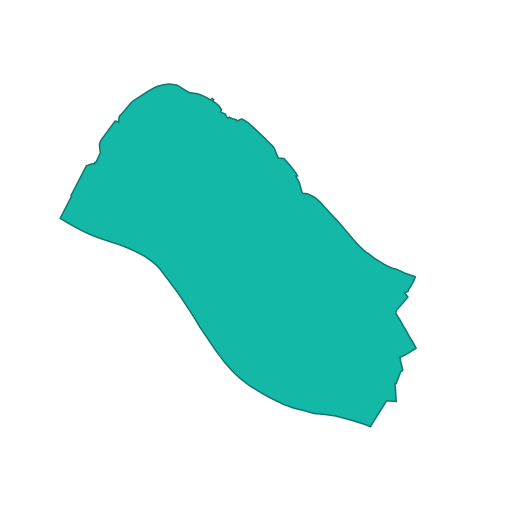 outline of Albrandswaard, Zuid-Holland, Netherlands, rotated 28°
{"feature_id": "6326949B38585086995539", "entity_name": "Albrandswaard", "entity_type": "district", "adm_level": 2, "iso_a3": "NLD", "parent_name": "Netherlands", "parent_adm1": "Zuid-Holland", "projection": "orthographic", "projection_center": [4.441, 51.852], "detail": "fine", "context": "isolated", "style": "filled", "palette": "teal", "viewbox_px": 512, "rotation_deg": 28, "n_neighbors": 0, "source": "geoboundaries", "source_scale": "gbopen_adm2", "svg_char_len": 4913}
<svg xmlns="http://www.w3.org/2000/svg" viewBox="0 0 512 512"><g transform="rotate(28 256 256)"><path d="M406.4,199.5L404.9,199.7L395.3,201.3L386.1,201.7L385.0,202.0L383.5,202.4L381.8,202.8L376.3,203.2L373.3,203.2L365.8,202.7L363.4,202.6L362.4,202.5L360.4,202.2L357.5,201.7L353.5,201.0L353.3,201.1L352.9,201.2L351.9,201.1L349.8,200.6L347.4,200.0L345.3,199.5L342.2,198.6L336.5,196.6L327.6,193.1L311.7,186.8L306.8,185.2L300.5,183.0L286.8,178.2L281.5,176.9L279.3,176.6L273.7,176.8L271.8,177.0L270.9,177.4L270.2,177.7L270.0,177.8L267.6,179.0L266.0,177.4L264.3,175.6L260.6,171.7L257.7,169.3L257.4,169.3L253.6,166.8L255.1,165.8L251.8,163.8L245.3,160.8L244.0,160.2L239.7,158.6L236.8,157.5L234.9,156.8L230.6,158.7L229.6,159.1L225.6,155.7L223.5,154.0L222.5,153.1L221.5,152.3L220.5,151.7L219.1,151.1L218.1,150.8L216.5,150.4L214.3,149.7L212.4,149.2L209.6,148.2L205.4,147.0L201.4,145.9L197.7,144.9L194.6,144.0L192.0,143.4L190.4,143.0L188.4,142.5L187.0,142.1L185.1,141.9L183.6,141.8L182.8,141.7L181.0,141.7L179.8,141.7L178.8,141.8L178.4,142.4L175.9,145.8L174.6,144.9L173.6,145.2L171.3,145.7L170.8,145.8L169.1,145.9L167.2,146.0L166.4,147.2L166.2,147.5L164.6,146.8L162.8,146.0L162.7,145.1L161.2,145.3L156.9,145.4L156.9,144.4L157.0,143.1L154.8,141.9L152.5,140.8L150.3,140.2L148.4,139.8L145.0,139.7L145.4,137.9L143.4,137.4L142.9,139.5L138.8,139.4L138.1,139.4L134.8,139.4L134.5,139.5L132.5,139.6L130.0,139.9L127.8,140.3L126.5,140.8L124.7,141.5L123.2,142.0L122.9,142.1L122.5,142.3L120.3,143.1L115.7,142.8L113.7,142.7L111.4,142.6L110.1,142.4L108.5,142.3L104.9,142.3L105.4,142.5L104.2,142.9L102.2,143.5L101.0,144.0L99.7,144.4L98.7,144.9L97.8,145.3L97.2,145.8L95.1,147.4L94.1,148.1L93.1,148.9L91.6,150.4L89.4,152.3L89.2,152.5L88.3,153.7L87.4,154.9L86.9,155.6L86.8,155.8L86.1,156.9L84.6,159.2L82.6,162.4L81.8,163.9L80.9,165.6L80.5,166.3L76.6,173.4L75.1,176.1L74.5,177.2L73.8,179.3L71.8,188.5L71.1,191.7L71.0,192.0L69.8,196.8L69.8,197.2L71.9,202.6L68.8,202.8L68.4,202.8L68.2,203.5L68.2,203.8L68.1,204.2L67.8,205.9L67.5,208.1L65.8,219.7L64.9,225.5L64.9,227.7L64.9,228.6L65.6,231.4L67.0,233.5L68.8,236.1L70.2,238.2L70.2,238.7L70.7,248.3L70.0,249.1L69.8,249.2L70.4,250.2L70.1,250.4L68.6,251.3L68.3,251.5L67.5,252.0L65.6,254.1L63.9,256.0L63.9,256.4L63.9,256.8L64.1,273.5L64.2,279.1L64.3,289.5L65.1,289.8L65.4,314.7L70.6,315.0L75.7,315.2L80.9,315.3L85.9,315.3L91.0,315.3L96.1,315.1L101.2,314.7L106.4,314.1L111.4,313.4L116.5,312.6L118.8,312.1L122.6,311.5L126.6,310.7L131.6,309.9L136.7,309.4L138.2,309.2L141.7,309.0L147.1,308.6L150.7,308.5L152.1,308.5L157.3,308.5L162.4,309.0L168.1,310.0L172.9,311.0L176.8,312.4L177.0,312.5L181.6,314.6L182.5,315.0L187.5,317.3L192.2,319.5L196.9,321.7L201.5,323.9L206.1,326.1L206.7,326.5L210.6,328.5L215.1,331.0L219.6,333.4L224.1,335.9L228.4,338.3L232.9,340.9L237.5,343.7L238.9,344.6L264.1,358.0L276.0,363.6L277.7,364.4L278.8,364.9L280.2,365.4L288.6,368.5L289.0,368.7L289.4,368.8L298.3,371.3L299.5,371.5L302.5,372.1L309.7,373.3L312.6,373.6L329.4,374.6L338.6,374.5L342.0,374.4L349.9,374.1L357.1,373.1L359.6,372.8L360.7,372.6L361.2,372.5L370.8,370.0L372.6,369.6L381.0,367.9L382.1,367.4L390.2,364.0L392.2,363.2L401.4,359.9L411.0,357.6L420.9,355.5L421.9,355.3L431.5,353.6L432.1,353.5L437.1,353.1L437.9,341.7L438.0,340.7L438.6,332.0L438.7,331.6L439.3,322.5L440.8,321.9L443.9,320.5L446.0,319.5L448.1,318.6L446.9,316.6L443.0,310.3L442.7,309.7L442.2,308.9L441.9,308.6L441.2,307.3L441.0,307.1L440.5,306.2L440.2,305.8L439.7,305.3L439.4,304.9L439.3,304.7L439.2,304.7L438.9,304.0L438.7,303.7L438.8,303.7L439.7,302.9L439.8,302.8L439.5,302.2L438.6,294.3L438.4,292.5L438.1,290.2L438.3,289.9L438.4,289.6L438.9,289.0L439.0,288.8L439.1,288.7L439.2,288.4L439.2,288.2L439.1,287.9L438.9,287.6L438.6,287.2L438.2,286.8L437.8,286.2L435.9,284.1L432.5,280.4L431.7,279.0L431.1,278.6L430.3,278.1L430.9,277.4L431.1,277.5L432.3,275.9L432.4,275.7L432.9,275.1L433.5,274.3L434.2,273.3L434.8,272.4L435.3,271.5L435.9,270.5L436.7,269.2L437.9,267.0L439.0,265.2L440.1,263.3L440.7,262.3L438.1,260.5L436.7,259.6L436.3,259.4L435.5,258.8L435.2,258.6L433.9,257.8L432.4,256.9L430.5,255.8L430.0,255.5L429.6,255.3L428.7,254.7L426.9,253.6L425.2,252.5L424.5,252.0L424.4,251.9L423.7,251.5L422.4,250.7L422.1,250.5L421.1,249.9L418.9,248.6L417.8,247.9L416.8,247.2L415.3,246.3L414.0,245.4L412.4,244.4L411.0,243.7L409.4,242.8L406.2,240.7L406.0,240.4L405.7,239.4L405.6,238.8L405.5,238.6L405.5,237.8L405.6,237.4L405.6,237.2L406.0,235.9L406.3,234.6L406.5,233.7L407.0,231.6L407.2,230.4L407.3,230.1L407.6,229.0L408.5,225.1L409.1,222.2L409.4,220.9L408.0,220.3L407.7,220.2L405.2,219.1L404.5,218.8L405.2,217.9L405.9,217.0L406.6,216.1L407.0,215.5L406.9,215.3L406.8,214.9L406.6,214.6L406.6,214.3L406.5,214.0L406.5,213.7L406.6,212.7L406.7,211.8L406.8,211.3L406.8,211.0L406.9,210.4L406.9,209.5L406.9,208.7L406.9,207.5L406.9,206.2L406.9,204.9L406.9,203.8L406.9,203.3L406.9,203.0L406.9,202.6L406.7,201.1L406.4,199.5Z" fill="#14b8a6" stroke="#0f766e" stroke-width="1.5"/></g></svg>